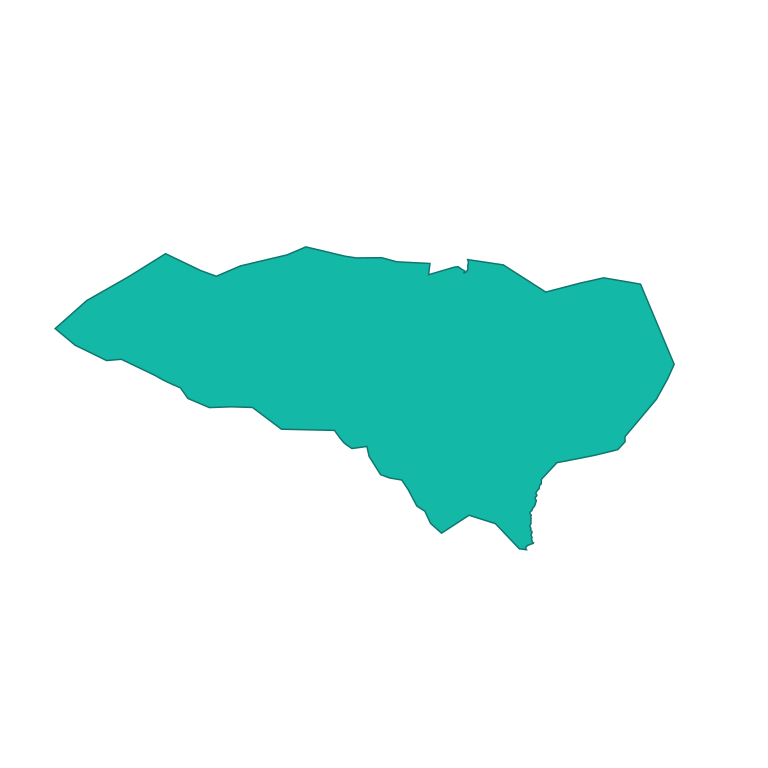 outline of Delger, Govi-Altay, Mongolia, rotated 155°
{"feature_id": "93677404B14709319621932", "entity_name": "Delger", "entity_type": "district", "adm_level": 2, "iso_a3": "MNG", "parent_name": "Mongolia", "parent_adm1": "Govi-Altay", "projection": "equal_earth", "projection_center": [97.409, 46.215], "detail": "fine", "context": "isolated", "style": "filled", "palette": "teal", "viewbox_px": 768, "rotation_deg": 155, "n_neighbors": 0, "source": "geoboundaries", "source_scale": "gbopen_adm2", "svg_char_len": 3291}
<svg xmlns="http://www.w3.org/2000/svg" viewBox="0 0 768 768"><g transform="rotate(155 384 384)"><path d="M394.9,224.5L362.4,229.1L342.0,210.3L331.0,177.4L328.4,175.8L324.9,173.6L324.9,175.5L324.9,175.8L324.7,176.0L324.4,176.2L324.1,176.3L323.6,176.4L323.2,176.6L322.9,176.8L322.4,176.9L321.9,177.0L321.2,177.0L320.7,176.9L319.5,176.8L319.3,176.8L318.7,176.8L318.3,176.8L317.7,176.6L317.1,176.6L316.5,176.5L316.1,176.6L315.8,176.6L315.7,176.7L315.6,176.8L315.8,177.0L316.1,177.4L316.2,178.0L316.2,178.4L316.1,178.9L316.1,179.6L316.0,180.2L316.0,180.4L315.9,180.9L315.9,181.0L315.5,181.4L315.1,181.8L314.9,182.1L314.7,182.6L314.7,183.5L314.6,184.5L314.5,185.1L314.4,185.3L314.2,185.5L313.8,185.8L313.7,185.9L313.3,186.2L312.9,186.5L312.7,186.8L312.5,187.2L312.3,187.7L312.3,187.8L312.3,188.0L312.4,188.3L312.7,188.8L312.9,189.1L313.0,189.5L312.9,189.7L312.5,190.1L312.2,190.4L312.0,190.9L312.0,191.0L311.9,191.5L311.8,192.0L311.8,192.6L311.8,193.0L311.8,193.3L311.7,193.8L311.6,194.1L311.2,194.5L310.9,194.7L310.2,195.0L309.8,195.3L309.7,195.7L309.6,196.1L309.3,196.5L309.0,197.1L308.8,197.6L308.7,197.7L308.6,198.0L308.5,198.3L308.4,198.8L308.2,199.0L307.7,199.6L307.5,200.1L307.4,200.7L307.3,201.2L307.2,201.5L306.9,201.9L306.5,202.3L306.3,202.5L306.1,202.7L306.0,203.0L306.1,203.4L306.2,203.8L306.4,204.2L306.5,204.8L306.4,205.2L306.2,205.6L305.9,205.9L305.6,206.2L305.0,206.4L304.3,206.6L303.9,206.7L303.5,206.8L303.2,207.1L302.7,207.5L302.3,207.9L301.8,208.4L301.2,208.9L301.0,209.0L300.8,209.1L300.3,209.2L299.9,209.3L299.6,209.5L299.2,209.7L299.2,209.8L298.6,210.3L297.9,211.0L297.4,211.5L297.0,211.9L296.6,212.6L296.1,213.0L295.8,213.2L295.6,213.4L295.5,213.5L295.4,213.7L295.3,213.9L295.2,214.1L295.2,214.3L295.2,214.5L295.3,215.1L295.4,215.3L295.5,215.5L295.6,215.8L295.6,216.1L295.6,216.3L295.5,216.6L295.2,216.8L294.9,217.0L294.5,217.4L294.2,217.6L293.6,217.8L293.3,217.8L293.0,218.0L292.7,218.2L292.4,218.6L292.4,218.8L292.4,219.2L292.5,219.7L292.5,220.0L292.6,220.5L292.6,220.9L292.4,221.1L292.1,221.3L291.4,221.8L290.8,222.2L289.9,222.7L289.2,223.0L288.8,223.2L288.5,223.2L288.1,223.4L287.7,223.6L287.4,223.9L287.3,224.2L287.1,224.4L286.7,225.1L286.5,225.4L286.2,225.7L285.9,226.0L285.5,226.4L285.3,226.6L285.2,226.7L285.1,226.8L284.9,226.9L284.6,226.9L283.8,226.9L283.4,227.5L283.2,227.9L282.6,229.2L282.5,229.4L281.6,231.1L260.6,239.6L223.5,230.4L199.8,225.7L189.9,229.8L187.9,234.4L143.7,255.0L125.0,268.6L112.7,279.2L109.3,366.1L140.1,387.4L163.3,392.5L198.6,399.0L225.5,441.5L255.6,461.4L255.8,459.9L256.0,458.9L256.4,458.1L257.9,456.2L258.9,453.9L259.1,453.0L260.5,451.8L261.9,450.9L263.9,450.7L264.5,451.1L264.0,451.3L263.3,451.9L263.1,452.5L263.5,452.7L267.4,459.1L271.0,460.2L297.4,464.2L291.4,473.8L320.7,489.3L332.8,499.5L355.7,509.9L365.2,516.2L396.9,541.3L417.4,542.0L464.2,551.7L490.4,552.5L502.1,564.2L526.9,594.4L570.8,589.1L618.0,585.3L658.6,573.2L647.5,549.6L625.5,522.5L611.6,517.4L587.9,488.5L582.4,480.8L574.9,471.8L574.8,471.7L574.6,471.6L570.1,466.5L567.8,453.7L552.2,436.4L532.1,427.9L513.1,418.3L496.1,386.4L448.5,362.9L446.9,354.7L445.2,347.8L443.9,345.1L440.4,339.1L425.9,334.6L428.1,324.7L425.4,303.3L418.8,296.6L408.5,289.5L406.7,277.9L405.8,259.5L400.7,251.4L400.7,238.0L394.9,224.5Z" fill="#14b8a6" stroke="#0f766e" stroke-width="1.5"/></g></svg>